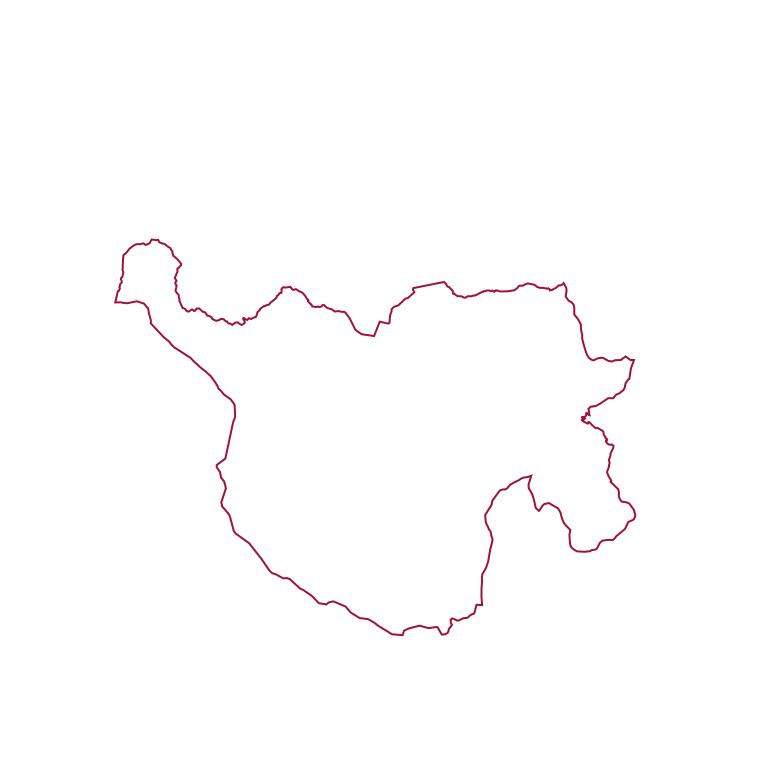 outline of San Pedro y San Pablo Ayutla, Oaxaca, Mexico, rotated 321°
{"feature_id": "50627088B37574101781202", "entity_name": "San Pedro y San Pablo Ayutla", "entity_type": "district", "adm_level": 2, "iso_a3": "MEX", "parent_name": "Mexico", "parent_adm1": "Oaxaca", "projection": "natural_earth1", "projection_center": [-96.113, 17.038], "detail": "fine", "context": "isolated", "style": "outline", "palette": "rose", "viewbox_px": 768, "rotation_deg": 321, "n_neighbors": 0, "source": "geoboundaries", "source_scale": "gbopen_adm2", "svg_char_len": 6166}
<svg xmlns="http://www.w3.org/2000/svg" viewBox="0 0 768 768"><g transform="rotate(321 384 384)"><path d="M294.4,125.5L290.4,127.1L286.8,126.2L286.2,125.8L285.6,123.4L281.9,121.6L281.0,120.5L279.1,119.4L276.6,118.8L271.4,118.7L265.6,120.0L262.8,119.8L259.7,122.8L252.5,131.0L251.7,133.1L248.1,136.1L246.8,136.1L245.5,136.8L245.2,138.4L244.3,139.9L241.9,140.4L239.3,142.3L239.0,143.4L236.7,144.7L236.1,144.4L235.3,144.6L226.5,151.5L231.0,155.0L232.3,156.8L235.2,159.6L244.0,164.2L248.1,170.5L248.1,175.7L248.5,176.5L245.9,180.9L242.9,187.8L240.9,190.2L242.3,209.5L243.7,215.7L243.5,220.1L244.1,223.6L250.2,242.3L250.3,245.8L251.8,255.7L253.3,262.4L254.3,269.2L254.0,275.1L253.3,280.9L252.4,283.6L253.0,286.7L253.0,291.7L255.2,299.2L255.0,305.0L254.4,306.7L247.7,315.8L242.5,318.9L213.8,342.1L203.1,341.7L201.6,343.3L201.1,349.4L198.5,354.1L198.4,359.2L195.5,365.6L183.0,373.6L181.2,377.3L181.5,387.9L180.5,390.9L174.7,403.8L174.6,406.9L179.0,422.8L178.7,443.5L177.5,456.8L178.0,460.5L180.4,464.3L183.1,471.1L184.1,472.3L186.3,473.6L187.9,476.0L190.2,490.7L191.6,493.2L194.6,503.6L195.4,513.2L200.4,519.0L203.6,519.0L207.8,521.0L214.0,532.6L214.4,540.9L217.8,550.6L223.6,556.6L226.4,563.8L227.2,567.8L232.8,583.6L240.4,590.9L244.4,588.3L249.7,589.7L259.6,594.2L264.9,601.7L272.1,606.0L272.5,607.1L271.2,615.0L274.1,617.1L276.7,617.4L278.4,616.8L280.1,615.3L285.2,614.0L285.7,611.5L287.4,609.2L289.3,609.0L290.5,610.5L291.8,613.6L293.4,614.9L298.2,615.9L300.9,617.7L302.9,618.3L304.4,618.0L306.9,618.2L309.8,619.1L316.9,613.8L321.1,617.5L325.7,610.9L330.9,604.5L336.6,598.5L338.6,595.6L340.8,593.7L347.4,591.2L353.4,587.4L362.6,579.3L368.3,575.1L370.7,572.9L371.8,569.7L374.0,565.7L374.1,562.9L375.1,559.9L375.2,558.0L376.6,554.7L380.2,549.5L391.5,545.6L394.9,542.8L407.1,539.6L410.3,540.9L411.9,542.2L413.9,542.6L418.3,541.7L422.6,542.3L428.4,543.6L431.3,543.8L433.8,544.7L436.9,546.6L440.7,548.0L433.0,553.1L430.9,556.2L429.8,563.0L427.6,568.5L424.0,575.6L424.4,580.0L425.9,579.9L430.8,578.3L433.1,578.2L437.2,580.3L441.0,590.1L440.3,594.8L437.8,600.3L436.3,605.3L436.4,608.9L437.0,614.7L433.1,618.0L428.2,625.0L427.0,627.5L426.9,629.8L427.5,632.6L428.8,635.7L434.4,640.7L439.0,643.7L440.8,643.7L444.2,645.8L445.9,645.9L452.1,643.2L455.4,643.3L461.1,646.9L463.6,649.3L466.5,649.1L468.3,648.5L480.1,648.3L487.0,645.0L491.5,646.2L493.2,646.3L495.1,645.5L497.0,643.8L499.0,638.8L499.4,631.4L498.1,628.7L494.8,625.1L494.7,622.8L495.6,619.3L498.6,615.8L499.8,613.1L498.5,602.6L499.8,602.2L500.6,596.5L501.6,593.5L502.2,592.6L507.2,589.6L507.9,588.5L509.5,587.6L511.0,584.5L514.8,582.3L516.2,580.6L522.1,577.8L523.5,576.2L522.9,574.4L521.6,573.6L520.7,572.5L520.2,571.2L520.2,569.5L520.3,568.3L521.0,567.7L521.5,568.2L522.3,568.0L522.6,567.0L522.2,564.9L522.8,564.4L522.8,561.7L524.3,559.6L524.4,558.1L522.5,552.8L522.0,552.2L520.7,551.6L519.8,546.4L519.7,543.1L518.9,542.2L517.8,543.1L517.3,542.9L515.1,538.0L515.1,536.5L515.5,536.4L517.2,537.4L518.1,537.3L516.8,535.3L516.7,534.7L517.2,534.4L519.9,536.1L521.6,535.4L523.0,533.9L523.4,534.5L523.7,537.1L524.1,537.6L524.8,535.8L525.3,535.6L527.2,532.0L530.5,531.7L531.9,532.9L532.8,533.0L534.0,534.1L535.2,534.5L539.6,535.3L549.2,536.1L553.2,539.3L557.7,538.3L560.8,539.3L566.0,539.4L568.4,538.6L572.1,535.5L577.0,534.1L577.8,534.5L585.7,527.3L593.4,522.7L590.7,520.5L589.0,514.6L583.1,514.4L578.6,511.0L575.2,509.9L572.8,507.0L570.7,501.6L569.2,500.2L565.5,498.3L562.5,497.8L561.0,496.8L559.7,493.0L560.1,489.3L561.2,485.8L564.3,478.3L566.9,473.0L569.0,470.5L571.0,466.3L574.4,461.6L575.6,455.3L575.6,449.7L579.9,444.5L581.3,441.5L581.2,438.5L579.9,435.4L580.2,430.4L584.4,426.6L586.2,423.9L587.1,418.7L585.8,419.0L583.9,418.6L583.1,418.4L581.8,417.3L577.6,417.5L576.4,417.0L573.8,416.7L571.9,415.6L572.4,415.0L571.9,413.0L571.2,413.0L567.9,409.2L565.5,407.3L564.0,404.7L563.6,402.3L563.1,401.2L559.1,396.4L556.3,395.3L554.1,395.1L551.1,392.9L550.3,392.7L548.5,393.3L544.7,393.3L539.0,390.2L534.6,386.9L532.0,384.7L531.3,383.1L530.1,381.8L529.6,382.0L528.8,381.4L527.8,381.8L527.1,379.6L525.7,379.3L525.2,378.3L524.0,377.0L522.2,375.7L520.8,375.5L519.6,374.5L519.1,374.7L518.7,374.3L510.5,372.6L508.8,371.3L507.3,370.9L504.3,368.5L501.4,368.1L500.4,367.1L499.5,364.7L496.6,362.2L495.8,360.2L495.4,357.8L494.7,357.7L494.5,357.0L496.1,354.7L495.5,349.3L494.6,348.2L495.3,344.6L494.8,343.2L494.9,342.5L467.1,327.9L465.9,329.0L465.3,331.8L456.6,332.2L454.2,331.1L444.7,331.9L440.5,330.3L437.2,330.6L435.0,332.8L432.1,334.3L426.7,339.9L425.1,339.5L419.9,332.9L406.5,340.5L397.9,331.2L395.9,324.2L398.7,310.9L398.9,304.3L398.4,302.6L397.0,301.8L394.5,298.7L391.3,296.6L390.5,293.3L387.8,289.3L387.1,286.6L387.2,285.0L385.6,283.9L384.3,284.4L383.2,284.1L381.9,283.2L381.6,282.3L379.7,281.5L377.1,278.7L377.5,277.2L377.1,276.6L377.5,275.5L377.1,274.5L377.0,271.9L377.9,271.3L378.1,270.6L377.7,269.9L378.2,266.0L378.0,261.5L376.3,258.2L375.5,255.2L374.3,254.3L373.2,254.2L372.3,253.0L372.3,249.6L368.1,247.0L366.5,245.3L363.9,245.8L363.0,247.3L361.5,248.5L361.2,248.1L359.8,247.7L358.4,248.2L355.9,248.3L355.2,249.0L353.7,249.4L346.9,249.4L344.4,249.9L341.8,248.6L340.2,248.6L339.8,248.0L335.3,247.6L334.1,248.3L330.7,248.6L329.1,250.1L326.4,251.3L325.2,250.6L321.4,249.7L320.5,247.9L318.1,248.2L316.9,246.0L316.6,244.4L315.9,244.3L315.4,244.9L315.1,247.8L314.2,248.8L312.7,248.9L310.8,248.6L310.3,248.2L309.5,246.1L309.2,244.1L307.8,243.1L307.0,242.7L303.3,242.6L302.6,240.5L301.3,239.0L301.1,237.9L301.4,236.7L300.6,235.8L300.2,234.4L300.3,232.9L298.1,230.7L296.1,230.6L293.4,229.3L292.8,228.4L291.4,225.1L292.0,223.5L290.7,220.6L289.7,219.9L290.1,216.1L289.9,215.4L288.6,213.7L287.9,209.1L286.1,207.5L282.8,208.1L282.3,207.6L282.0,205.7L281.4,205.2L277.5,204.7L276.4,202.4L276.8,200.8L275.4,198.1L277.3,190.7L278.7,188.9L278.9,188.0L280.4,185.5L280.4,181.5L280.8,180.2L284.7,177.1L285.1,174.6L285.9,173.7L287.7,173.3L288.2,169.9L294.3,166.7L295.6,164.7L296.2,164.3L297.8,164.6L298.8,164.2L300.9,164.0L302.0,162.9L301.9,156.5L301.0,151.9L301.8,149.5L303.0,148.0L302.9,147.1L303.4,143.7L302.4,141.0L301.6,137.0L300.0,135.1L298.6,132.5L299.2,129.8L297.7,129.0L294.4,125.5Z" fill="none" stroke="#9f1239" stroke-width="2"/></g></svg>